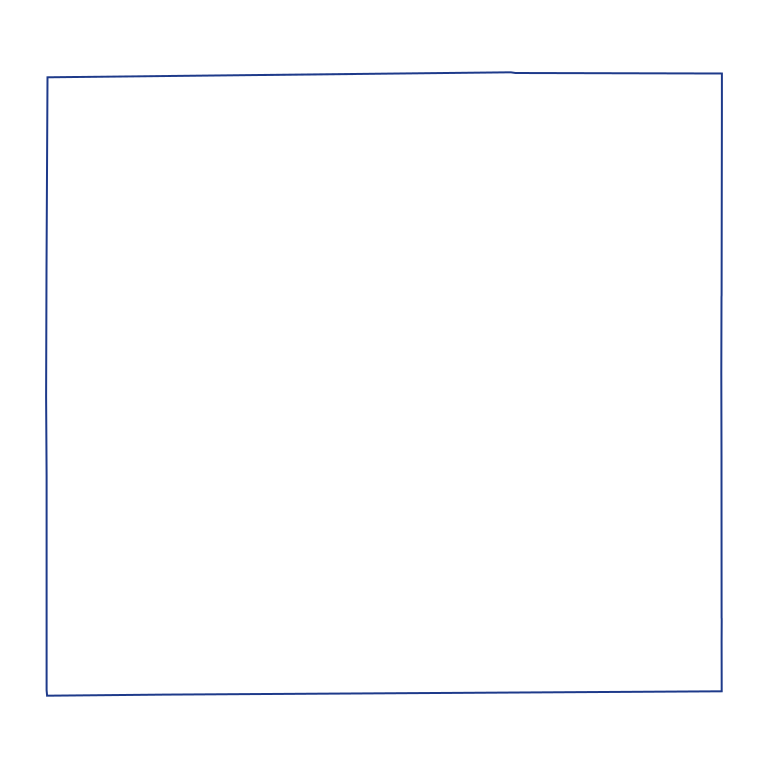 Weston, Wyoming, United States of America (Mercator projection)
{"feature_id": "52423323B91236875668653", "entity_name": "Weston", "entity_type": "district", "adm_level": 2, "iso_a3": "USA", "parent_name": "United States of America", "parent_adm1": "Wyoming", "projection": "mercator", "projection_center": [-104.387, 43.84], "detail": "fine", "context": "isolated", "style": "outline", "palette": "blue", "viewbox_px": 768, "rotation_deg": 0, "n_neighbors": 0, "source": "geoboundaries", "source_scale": "gbopen_adm2", "svg_char_len": 393}
<svg xmlns="http://www.w3.org/2000/svg" viewBox="0 0 768 768"><path d="M721.3,372.6L721.5,296.8L721.6,295.3L721.9,109.5L721.9,73.5L515.5,73.0L510.7,72.3L47.5,77.3L46.5,269.6L46.1,396.8L46.6,476.1L46.6,690.1L47.1,695.7L165.5,694.6L721.7,691.3L721.6,641.1L721.7,622.2L721.7,618.5L721.6,618.1L721.5,469.6L721.5,466.6L721.5,456.4L721.3,372.6Z" fill="none" stroke="#1e3a8a" stroke-width="2"/></svg>